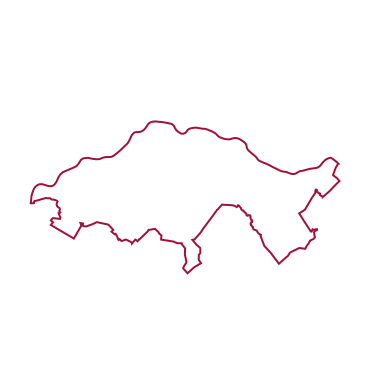 outline of Jaunsvirlaukas pag., Jelgava, Latvia, rotated 310°
{"feature_id": "27541924B87431187138979", "entity_name": "Jaunsvirlaukas pag.", "entity_type": "district", "adm_level": 2, "iso_a3": "LVA", "parent_name": "Latvia", "parent_adm1": "Jelgava", "projection": "albers", "projection_center": [23.886, 56.567], "detail": "fine", "context": "isolated", "style": "outline", "palette": "rose", "viewbox_px": 384, "rotation_deg": 310, "n_neighbors": 0, "source": "geoboundaries", "source_scale": "gbopen_adm2", "svg_char_len": 5934}
<svg xmlns="http://www.w3.org/2000/svg" viewBox="0 0 384 384"><g transform="rotate(310 192 192)"><path d="M100.6,71.0L99.5,69.9L97.8,69.2L96.1,68.8L94.0,68.7L92.4,69.0L90.6,69.6L87.7,70.7L85.6,71.7L80.9,75.0L79.7,75.7L80.1,76.4L80.9,77.0L81.5,77.8L81.8,78.0L82.2,78.0L83.4,77.1L83.8,77.1L86.0,78.9L90.3,81.7L93.3,83.9L93.9,84.5L94.5,85.7L95.5,86.6L95.9,87.0L96.0,87.6L95.9,88.7L96.0,89.0L96.2,89.6L97.3,91.0L97.8,92.1L98.5,94.2L98.4,94.7L98.2,95.1L98.0,95.3L97.7,95.4L96.5,95.7L95.9,95.9L95.1,96.8L94.5,97.7L94.4,98.0L94.3,98.8L94.5,100.7L94.4,101.2L94.1,101.7L93.7,102.0L93.4,102.2L92.5,102.4L91.8,103.0L91.7,103.5L91.7,104.2L91.2,104.2L90.5,104.0L90.0,103.5L88.8,105.8L88.2,106.8L87.9,107.6L87.0,108.1L86.6,108.2L82.6,102.3L81.9,102.0L79.5,102.1L79.5,105.0L76.0,105.0L76.4,107.4L76.6,108.4L77.3,113.3L77.8,115.9L80.4,131.4L94.8,128.9L95.6,128.1L96.5,126.5L97.2,127.6L97.8,128.8L96.9,129.3L96.3,129.7L96.0,130.4L96.1,130.6L96.2,130.9L97.4,132.8L97.6,133.0L98.3,133.5L102.4,135.9L104.1,136.8L107.6,138.4L108.2,139.3L110.8,144.3L111.3,145.2L111.8,146.2L113.0,148.2L113.1,148.9L113.2,149.4L113.1,150.0L112.5,154.9L112.3,156.1L109.9,155.8L109.9,156.8L109.9,159.9L110.8,160.4L110.0,162.9L108.1,166.2L108.1,166.7L109.4,166.9L109.1,169.1L109.2,169.3L109.3,169.6L109.5,169.9L112.4,171.4L112.8,171.7L113.2,172.2L113.3,172.6L114.4,177.1L114.5,177.5L114.3,178.6L113.9,179.1L119.1,179.1L119.3,180.3L119.2,181.7L120.5,181.8L120.3,182.0L132.4,183.3L134.6,183.3L135.0,183.1L140.0,187.4L139.7,192.2L139.0,193.9L139.1,196.0L138.9,196.7L136.2,198.5L135.7,199.0L142.1,209.6L143.1,213.0L144.2,214.8L146.1,217.1L145.4,217.8L144.6,222.2L144.3,223.0L139.3,226.9L138.1,228.6L134.7,232.8L133.9,233.1L130.3,233.5L127.9,234.2L127.8,234.3L126.9,240.8L135.9,242.1L143.3,244.7L144.4,240.7L148.3,237.6L150.6,237.6L154.2,234.5L154.5,233.9L154.5,233.5L154.4,231.9L154.5,231.6L154.4,230.7L154.4,229.7L155.6,223.1L157.4,224.4L165.9,224.7L169.3,224.4L171.3,224.1L187.7,223.2L194.7,222.7L195.0,222.9L201.6,223.1L205.1,227.8L206.0,229.1L206.4,229.5L207.6,231.2L208.2,232.3L208.7,233.5L209.0,234.3L209.2,236.0L210.4,236.1L211.5,235.8L211.7,236.4L211.5,238.0L211.2,238.9L211.2,239.8L210.7,240.3L210.2,241.9L210.2,242.3L210.3,242.5L210.4,242.8L210.6,242.8L210.7,243.0L210.7,243.5L210.7,243.8L210.4,244.7L210.3,245.2L210.4,245.9L210.3,246.4L210.3,247.5L210.2,247.7L209.8,248.0L209.3,248.7L209.3,248.9L209.3,249.1L209.7,249.2L209.8,249.4L209.6,249.7L209.6,249.9L209.8,250.1L210.4,250.2L210.7,250.4L211.0,250.8L211.4,251.3L211.4,251.6L211.1,252.4L210.8,252.5L210.7,252.7L210.6,252.8L210.1,253.0L209.7,253.6L209.3,254.0L208.9,254.9L208.8,255.4L208.7,255.6L208.9,256.0L208.7,256.3L208.5,256.6L207.9,257.2L207.7,257.3L207.4,256.8L207.2,256.8L206.5,256.8L205.6,257.1L205.3,257.3L205.3,257.6L205.3,258.0L204.8,258.1L204.5,258.4L204.5,259.0L204.4,259.5L204.4,260.1L204.1,260.4L204.0,260.8L204.3,261.1L203.0,262.8L202.9,263.1L202.9,263.3L204.1,266.5L203.1,268.8L203.1,270.9L203.6,272.3L202.4,272.9L202.4,273.0L202.1,273.3L201.4,274.5L197.2,282.0L197.1,282.8L195.9,291.8L193.0,304.3L192.9,304.7L203.1,306.2L204.5,306.6L208.4,306.0L209.1,306.2L218.1,310.2L221.3,315.3L224.6,314.5L227.8,314.4L228.9,314.0L231.1,314.0L231.1,313.9L233.4,314.9L234.0,315.3L236.4,315.2L237.9,313.2L239.4,311.7L239.6,311.4L240.2,311.3L241.7,311.4L242.6,312.0L243.2,311.6L243.5,311.9L243.8,311.6L243.3,311.1L241.0,309.2L240.9,308.3L238.6,309.1L238.1,308.4L241.3,298.0L244.5,287.8L251.0,289.9L264.6,287.6L270.6,287.1L270.9,286.8L271.3,286.6L271.6,286.1L273.0,285.3L273.5,285.3L273.8,285.8L273.8,286.3L273.5,286.8L272.9,287.2L272.6,287.8L272.5,288.4L272.7,288.8L272.6,289.4L273.0,290.7L273.1,291.3L272.9,291.5L272.2,291.5L271.9,291.9L271.9,292.5L272.0,293.1L272.2,293.6L272.3,294.7L272.3,295.2L272.1,295.4L281.0,296.8L290.3,297.4L295.2,297.9L295.8,294.1L295.7,291.4L295.5,289.3L295.7,289.1L303.0,286.5L306.1,286.0L307.1,285.7L307.8,286.1L308.0,283.7L307.8,278.3L307.7,277.6L307.3,276.2L306.7,275.7L305.9,275.1L304.9,274.6L303.5,273.9L302.4,273.6L301.3,273.4L298.3,273.2L296.3,273.3L294.4,273.3L293.0,273.0L291.6,272.5L290.3,271.8L285.4,267.3L280.1,263.6L277.0,261.1L276.1,260.7L273.1,259.7L271.6,258.8L271.0,258.3L270.4,257.5L269.8,256.5L269.4,255.7L269.0,254.5L268.6,253.3L267.9,251.2L265.7,247.8L265.3,246.9L264.5,243.8L264.1,241.9L263.2,238.6L262.7,236.0L261.8,232.2L261.5,230.7L261.1,230.1L260.5,228.1L259.8,226.0L259.5,224.9L259.1,222.8L259.2,221.6L259.8,219.4L260.0,218.3L260.0,213.4L260.1,209.3L260.2,208.3L260.4,207.3L260.6,206.7L261.4,205.2L262.6,203.9L263.2,202.8L263.4,202.2L263.6,201.3L263.7,199.0L263.6,198.1L263.3,195.8L263.0,194.1L262.5,192.8L262.0,191.6L261.5,190.8L261.1,190.3L259.5,188.9L257.6,187.7L256.2,186.7L254.6,184.5L253.6,182.8L252.6,180.5L252.2,179.4L251.7,177.5L251.6,176.6L251.7,174.9L252.0,173.1L251.8,171.1L251.1,167.8L249.6,163.3L248.8,161.4L247.1,159.2L244.1,154.0L243.5,153.2L241.3,151.2L239.5,149.8L238.7,149.4L237.5,148.9L236.4,148.8L235.0,149.0L233.7,149.0L232.5,148.7L231.6,148.2L230.7,147.5L230.1,146.6L229.7,145.6L229.4,144.3L229.2,142.9L229.2,141.8L229.3,140.3L229.9,138.1L230.6,136.7L231.0,135.9L231.1,134.5L231.1,133.4L230.9,132.4L230.1,130.8L229.4,129.3L228.2,127.4L226.7,124.7L225.6,123.0L224.6,121.7L223.0,119.2L221.8,117.9L221.0,117.0L219.4,115.9L218.4,115.3L217.3,115.0L216.2,114.8L215.0,114.9L210.2,115.3L208.4,115.1L207.0,114.8L205.9,114.3L204.9,113.7L203.5,112.4L202.2,111.0L201.7,110.5L200.3,109.6L198.6,109.3L196.9,109.4L195.2,109.7L193.8,110.2L191.4,110.8L189.9,111.1L188.4,111.3L187.3,111.3L177.2,110.2L173.1,109.5L169.7,108.7L167.7,108.0L166.6,107.2L163.4,103.6L162.5,102.8L160.9,101.6L160.1,101.3L158.5,100.4L157.8,100.0L157.0,99.3L154.9,96.7L153.9,95.2L151.3,90.3L147.8,87.0L145.2,86.3L140.7,86.9L137.8,86.9L135.0,85.8L124.4,80.4L120.8,79.8L117.8,80.2L113.1,81.5L110.9,81.8L110.1,81.8L109.0,81.8L107.6,81.4L106.5,80.8L105.4,79.8L104.7,78.8L104.0,77.6L102.5,74.0L101.9,72.8L101.4,71.8L100.6,71.0Z" fill="none" stroke="#9f1239" stroke-width="2"/></g></svg>